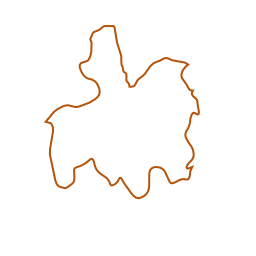 map outline of Lào Cai (Mercator projection), rotated 30°
{"feature_id": "VNM-5483", "entity_name": "Lào Cai", "entity_type": "Province", "adm_level": 1, "iso_a3": "VNM", "parent_name": "Vietnam", "parent_adm1": "", "projection": "mercator", "projection_center": [104.093, 22.267], "detail": "fine", "context": "isolated", "style": "outline", "palette": "amber", "viewbox_px": 256, "rotation_deg": 30, "n_neighbors": 0, "source": "natural_earth", "source_scale": "10m", "svg_char_len": 2438}
<svg xmlns="http://www.w3.org/2000/svg" viewBox="0 0 256 256"><g transform="rotate(30 128 128)"><path d="M162.4,64.1L164.6,63.8L165.5,63.2L165.4,64.1L165.9,66.0L166.6,66.9L168.2,67.8L172.5,68.7L174.0,69.5L175.0,70.6L175.9,72.0L181.1,78.3L182.0,80.0L182.1,80.9L181.5,81.5L180.5,81.6L177.9,81.7L176.8,82.5L176.5,84.4L177.3,88.6L179.1,92.6L179.8,95.5L180.2,97.7L180.1,102.2L180.9,105.0L182.5,107.1L187.3,110.1L192.1,112.3L194.2,113.7L196.2,115.5L198.3,118.3L199.3,120.9L199.3,123.4L198.2,128.2L197.9,130.2L198.2,132.3L198.9,133.2L199.7,133.4L200.7,132.7L203.1,129.6L203.6,134.2L205.5,138.8L205.9,141.0L205.5,142.6L204.3,143.5L202.4,144.1L200.3,145.4L198.3,147.6L196.0,151.5L194.2,153.6L192.7,154.3L190.9,153.7L181.3,147.0L178.3,146.2L175.2,146.3L170.7,148.3L168.7,151.0L168.2,153.7L169.2,156.8L175.2,167.4L176.6,170.5L177.0,173.3L176.9,175.9L175.9,178.9L174.4,181.3L172.4,183.3L170.0,184.3L167.3,184.1L163.9,183.1L152.2,177.7L148.6,175.6L147.2,174.9L145.9,175.3L145.6,176.4L145.8,178.2L145.7,180.3L145.0,182.7L143.4,185.3L142.2,186.0L140.9,185.8L139.5,184.5L137.7,183.3L135.6,182.3L133.0,181.8L127.1,181.4L124.2,180.8L121.7,179.8L119.1,178.1L115.2,174.1L113.6,173.0L112.1,172.8L111.2,173.7L108.7,180.0L105.8,184.7L103.3,187.4L102.3,188.9L101.9,190.0L102.2,191.1L106.8,198.5L107.7,200.5L107.9,202.4L107.4,204.5L105.6,208.6L103.8,211.5L99.7,212.7L97.2,213.1L94.1,212.1L91.1,209.5L73.6,190.0L70.9,184.9L64.7,168.3L62.9,165.2L60.5,163.3L58.7,162.5L53.6,163.8L55.9,150.8L56.9,148.4L58.1,145.9L61.1,141.4L62.8,139.6L64.9,138.2L72.0,136.1L74.0,134.7L75.7,132.9L82.2,125.0L85.3,119.0L86.2,116.2L86.4,113.5L85.3,110.7L83.2,108.0L78.7,104.9L75.5,104.0L72.5,104.1L70.1,104.8L67.8,105.3L65.4,105.2L62.7,104.3L59.8,102.8L56.2,100.0L54.7,97.6L54.8,95.3L56.3,93.5L57.9,91.8L59.4,90.0L59.8,87.5L59.3,84.1L58.2,80.6L53.9,72.5L50.9,69.9L50.1,63.4L50.5,61.9L53.5,58.2L54.7,55.8L55.5,53.5L56.5,51.6L58.5,50.4L64.6,46.9L66.2,47.8L75.8,59.5L85.3,68.2L86.9,70.1L87.5,71.4L90.4,75.9L91.3,76.9L92.4,77.4L95.6,81.1L96.4,81.4L98.7,81.7L99.5,82.0L100.7,83.7L102.7,87.5L103.9,88.3L106.0,88.8L107.5,90.1L108.7,91.5L110.7,90.3L112.3,88.5L112.6,86.5L112.4,84.3L112.4,81.9L113.0,79.6L114.9,75.0L115.5,72.7L116.4,63.4L117.8,59.1L120.7,55.1L122.0,53.8L123.7,50.7L124.7,49.4L126.7,48.0L128.4,47.6L132.5,47.2L144.5,42.9L148.4,43.0L147.3,46.0L146.7,49.3L146.8,52.6L147.8,55.6L149.6,57.7L157.4,61.3L160.3,63.2L162.4,64.1Z" fill="none" stroke="#b45309" stroke-width="2"/></g></svg>